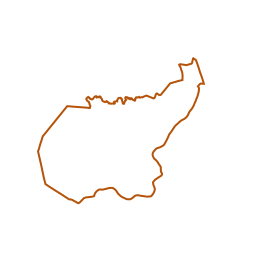 outline of Nebaj, Quiché, Guatemala, rotated 39°
{"feature_id": "79465075B6718623285372", "entity_name": "Nebaj", "entity_type": "district", "adm_level": 2, "iso_a3": "GTM", "parent_name": "Guatemala", "parent_adm1": "Quiché", "projection": "mercator", "projection_center": [-91.192, 15.606], "detail": "fine", "context": "isolated", "style": "outline", "palette": "amber", "viewbox_px": 256, "rotation_deg": 39, "n_neighbors": 0, "source": "geoboundaries", "source_scale": "gbopen_adm2", "svg_char_len": 5715}
<svg xmlns="http://www.w3.org/2000/svg" viewBox="0 0 256 256"><g transform="rotate(39 128 128)"><path d="M127.2,220.5L128.3,219.6L130.1,218.9L131.6,218.7L132.5,218.5L136.2,217.9L136.8,217.6L137.0,217.2L137.4,215.7L137.9,210.2L139.1,208.3L142.1,205.3L143.0,204.3L143.7,203.5L144.3,202.5L144.5,202.1L143.8,200.7L143.7,200.4L143.4,198.9L143.5,196.6L144.1,194.5L144.5,193.8L145.3,193.1L146.3,192.5L147.4,191.5L148.8,189.6L150.2,187.8L151.1,186.5L152.2,185.5L153.1,184.7L154.3,184.1L156.3,183.9L158.3,184.2L161.7,185.3L165.1,185.5L166.7,185.4L168.0,185.1L169.1,184.8L170.7,184.4L172.0,184.0L172.9,183.3L173.9,182.6L174.3,182.2L174.7,181.8L175.4,179.9L176.1,176.3L176.4,175.8L176.8,175.2L177.3,174.6L178.2,173.9L180.8,172.5L182.6,171.4L185.6,169.6L186.2,169.1L186.9,168.6L188.3,167.2L188.6,166.9L188.9,166.4L189.0,165.3L188.9,162.9L188.2,160.2L187.3,158.5L185.5,157.3L183.5,156.2L181.7,154.6L181.5,153.9L181.6,151.2L182.5,148.1L183.8,144.3L183.8,143.2L183.6,142.6L183.3,142.3L182.9,141.9L181.1,141.2L179.0,138.9L178.6,138.3L177.4,137.4L173.8,136.4L172.6,135.9L170.4,135.4L167.3,135.3L164.6,133.9L163.8,133.2L163.1,131.8L162.7,130.2L162.9,126.2L163.6,124.9L164.3,124.0L165.2,122.4L166.2,120.0L166.5,118.7L166.5,117.7L166.2,115.9L165.4,111.8L165.1,110.7L164.8,109.4L164.1,107.5L163.8,101.8L163.4,98.1L163.4,96.3L163.8,93.6L164.0,92.7L164.1,91.4L164.6,88.8L165.1,87.6L165.9,85.8L166.3,84.5L166.5,83.3L166.6,81.6L166.5,80.2L165.9,78.4L165.5,76.5L165.5,72.4L165.1,70.4L165.1,69.7L164.2,67.0L163.8,65.2L163.2,63.3L162.7,61.9L162.2,60.0L161.2,57.6L160.3,55.7L159.7,54.6L158.1,52.4L157.9,52.2L156.1,51.6L156.2,48.7L156.5,47.7L158.6,46.3L159.1,45.9L154.3,42.6L153.0,41.8L148.8,39.3L145.6,37.1L142.3,35.0L141.3,34.4L138.5,32.7L138.2,32.5L137.8,32.5L134.9,32.7L134.8,33.1L135.5,34.4L136.8,37.1L136.9,37.4L136.9,37.8L136.9,38.0L133.8,42.4L131.4,43.8L129.9,44.7L128.6,45.5L128.1,46.0L128.0,46.3L128.0,46.8L130.8,47.9L131.4,48.3L132.9,49.4L133.1,49.5L134.8,50.4L136.3,51.8L137.5,53.0L140.1,56.5L137.5,59.8L136.4,61.5L134.0,64.9L132.7,66.8L132.6,81.5L132.4,81.9L132.1,82.3L131.8,82.6L131.4,82.8L129.3,82.8L129.0,82.9L128.6,83.2L128.4,83.4L128.4,83.7L128.5,84.3L128.6,84.7L129.5,86.8L129.6,87.3L129.6,88.4L129.4,88.6L129.2,88.9L128.8,89.1L124.7,90.3L123.9,90.6L121.9,91.2L121.2,92.4L120.7,93.3L120.5,93.8L120.3,94.0L120.2,94.5L120.1,94.9L119.8,95.0L119.5,95.2L119.3,95.4L119.0,95.7L118.8,96.1L118.4,96.7L118.2,96.9L117.8,96.9L117.6,96.9L117.3,96.8L117.0,96.8L116.9,97.1L116.8,97.5L116.6,98.0L116.2,98.2L115.6,98.6L115.3,98.7L115.1,99.0L115.0,99.5L115.1,99.8L115.3,100.0L115.5,100.5L115.3,100.8L115.2,101.0L115.3,101.2L115.3,101.4L115.7,101.7L115.9,101.8L116.1,101.9L116.2,102.2L116.1,102.5L115.5,102.6L114.9,102.8L114.6,102.9L114.2,103.0L113.9,103.0L113.5,103.1L113.3,103.1L112.9,102.8L112.7,102.7L112.3,102.7L112.0,102.8L111.8,102.9L111.6,103.0L111.8,103.6L111.8,103.8L111.8,104.1L111.6,104.3L111.3,104.3L111.1,104.2L110.6,104.0L110.3,103.9L109.9,104.2L109.9,104.6L109.9,104.9L109.7,105.1L109.4,105.0L109.0,104.5L108.7,104.4L108.2,104.6L107.7,104.9L107.5,105.0L107.1,105.1L106.9,105.3L106.8,105.5L106.8,105.8L106.8,106.2L107.0,106.5L107.6,106.9L107.9,107.0L108.2,107.0L108.5,107.1L108.9,107.5L108.9,107.8L108.8,108.1L108.7,108.3L108.6,108.6L108.8,109.0L108.9,109.5L109.0,110.0L109.0,110.3L109.1,110.6L109.3,110.8L109.5,111.1L109.7,111.4L109.7,111.6L109.5,111.8L109.2,112.1L108.8,112.2L108.5,112.2L108.2,111.9L107.9,111.6L107.5,111.3L107.2,111.1L106.9,110.9L106.6,110.7L106.3,110.6L106.0,110.4L105.9,110.2L105.7,109.8L105.6,109.6L105.3,109.4L104.9,109.5L104.5,109.6L104.2,109.6L104.0,109.4L103.7,109.2L103.4,109.2L103.2,109.2L103.0,109.4L101.9,110.5L101.8,110.8L101.8,111.1L101.9,111.4L101.9,112.5L102.0,112.7L102.1,113.0L102.4,113.3L102.8,114.0L102.4,114.1L102.2,114.3L102.0,114.6L101.8,114.9L101.4,115.5L101.0,115.9L100.9,116.0L100.7,116.3L100.7,116.5L101.0,116.8L101.4,116.9L101.9,117.0L102.2,117.1L102.2,117.4L102.1,117.6L102.0,117.9L101.8,118.1L101.3,118.2L101.0,118.2L100.7,118.5L100.4,118.9L100.3,119.1L100.1,119.3L99.9,119.5L99.5,119.7L99.3,119.9L99.1,120.1L98.7,120.3L98.4,120.2L98.1,120.4L98.0,120.6L97.8,120.9L97.5,121.0L97.3,120.9L97.1,120.6L96.8,120.4L96.5,120.4L96.2,120.5L95.7,120.8L95.3,120.7L95.1,120.6L94.8,120.5L94.5,120.6L94.5,120.9L94.5,121.2L94.4,121.5L94.3,121.8L94.0,121.9L93.7,122.0L93.5,122.3L93.3,122.5L93.0,122.6L92.7,122.6L92.4,122.6L92.1,122.8L91.9,122.9L91.6,123.0L91.3,123.0L91.0,122.9L90.7,122.8L90.4,122.6L90.1,122.4L89.9,122.3L89.5,121.9L89.3,121.8L88.8,121.8L88.5,121.8L88.2,121.7L87.9,121.6L87.6,121.3L87.4,121.2L87.1,121.1L86.7,121.1L86.3,121.1L86.0,121.4L86.0,121.8L86.0,122.0L86.1,122.5L85.8,122.6L85.3,122.6L84.9,122.7L84.7,123.1L84.7,123.5L84.5,124.0L84.3,124.0L84.1,123.9L83.8,123.7L83.6,123.4L83.3,123.3L83.1,123.4L82.9,123.8L82.7,124.0L82.5,124.4L82.4,124.8L82.4,125.1L82.4,125.4L82.4,125.8L82.4,127.7L82.3,128.0L82.2,128.3L82.0,128.5L81.7,128.6L81.4,128.6L81.1,128.8L80.8,129.0L80.6,129.1L80.3,129.2L80.1,129.1L79.7,129.0L79.5,128.9L79.3,128.8L78.9,128.7L78.6,128.9L78.4,129.1L78.1,129.1L77.8,129.0L77.6,128.9L77.4,129.2L77.4,129.6L77.2,130.3L77.2,130.9L77.1,131.3L77.3,131.7L77.7,131.9L78.8,132.4L79.1,132.5L79.4,132.5L79.7,132.5L80.0,132.5L80.6,132.4L80.8,132.3L81.2,132.4L81.6,132.5L81.9,132.9L82.2,133.0L82.4,133.1L82.7,133.2L82.8,133.4L82.9,133.6L83.2,133.8L83.8,134.1L84.5,134.3L84.8,134.4L85.7,136.2L85.7,136.6L85.1,137.0L84.6,137.1L84.2,137.4L83.5,138.0L82.8,138.4L71.1,146.5L67.0,149.3L67.0,156.8L67.0,188.1L67.3,189.0L67.6,189.7L67.9,190.4L68.3,191.3L69.3,194.0L69.5,194.6L71.2,198.7L71.7,199.7L72.8,202.8L78.3,207.1L83.8,211.4L93.6,219.4L99.1,223.5L102.9,223.2L104.6,223.0L105.7,222.9L114.5,221.9L115.7,221.7L127.2,220.5Z" fill="none" stroke="#b45309" stroke-width="2"/></g></svg>